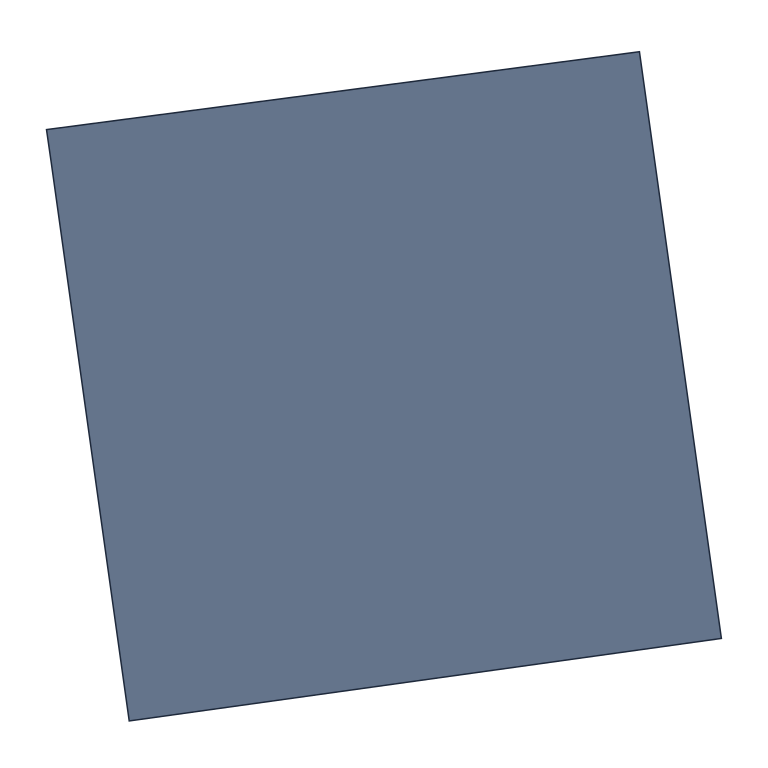 Howard, Nebraska, United States of America (Mercator projection), rotated 82°
{"feature_id": "52423323B29382899957960", "entity_name": "Howard", "entity_type": "district", "adm_level": 2, "iso_a3": "USA", "parent_name": "United States of America", "parent_adm1": "Nebraska", "projection": "mercator", "projection_center": [-98.54, 41.22], "detail": "fine", "context": "isolated", "style": "filled", "palette": "slate", "viewbox_px": 768, "rotation_deg": 82, "n_neighbors": 0, "source": "geoboundaries", "source_scale": "gbopen_adm2", "svg_char_len": 259}
<svg xmlns="http://www.w3.org/2000/svg" viewBox="0 0 768 768"><g transform="rotate(82 384 384)"><path d="M90.5,84.8L85.1,682.8L119.4,682.7L416.1,683.0L682.2,683.2L682.9,85.3L676.7,85.3L90.5,84.8Z" fill="#64748b" stroke="#1e293b" stroke-width="1.5"/></g></svg>